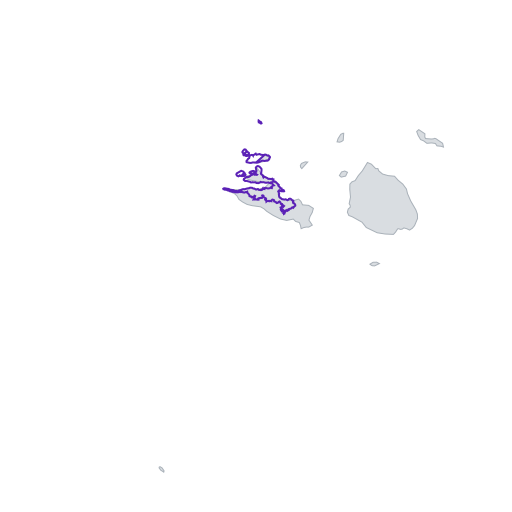 Cakaudrove, Northern, Fiji shown in context, rotated 228°
{"feature_id": "14151628B95966095088914", "entity_name": "Cakaudrove", "entity_type": "district", "adm_level": 2, "iso_a3": "FJI", "parent_name": "Fiji", "parent_adm1": "Northern", "projection": "robinson", "projection_center": [179.503, -16.697], "detail": "fine", "context": "in_parent", "style": "outline", "palette": "violet", "viewbox_px": 512, "rotation_deg": 228, "n_neighbors": 0, "source": "geoboundaries", "source_scale": "gbopen_adm2", "svg_char_len": 8292}
<svg xmlns="http://www.w3.org/2000/svg" viewBox="0 0 512 512"><g transform="rotate(228 256 256)"><path d="M229.2,355.9L229.2,358.8L230.9,360.0L232.5,360.2L236.5,365.6L242.8,370.3L246.6,373.9L246.9,376.9L245.7,380.1L247.3,385.9L248.1,391.9L250.9,401.4L247.0,403.2L240.8,403.4L239.4,405.1L237.3,404.2L232.2,404.9L227.3,408.0L222.6,412.3L217.2,412.3L211.2,413.2L205.1,412.6L200.9,410.3L193.4,407.8L183.4,405.7L179.2,404.0L175.8,401.2L172.5,394.2L172.0,390.8L172.5,387.5L175.4,386.3L177.9,384.7L178.2,382.5L179.3,381.0L180.7,380.4L181.4,379.4L180.4,375.8L180.1,372.6L185.9,366.7L192.2,361.6L203.4,357.0L210.2,357.4L220.7,353.8L224.0,352.1L227.4,353.2L229.2,355.9ZM325.3,278.7L316.9,287.3L313.8,291.7L311.3,296.5L304.1,301.8L301.0,308.8L301.2,315.9L308.4,308.5L316.5,302.4L318.9,301.2L321.5,301.2L321.3,303.3L320.1,305.4L319.2,310.7L321.3,315.7L315.3,315.2L309.4,315.6L302.4,318.4L295.5,319.6L292.9,319.7L290.4,318.7L288.8,317.3L287.5,314.0L286.2,313.5L280.7,313.6L272.5,320.1L269.8,325.7L266.6,325.9L262.9,324.8L258.4,329.0L253.0,330.5L250.7,326.9L249.2,322.5L247.2,319.3L241.3,318.5L242.2,314.5L243.8,312.8L245.2,310.5L246.1,307.8L248.9,309.5L251.9,310.6L255.1,308.6L258.5,308.4L261.9,302.6L267.2,298.9L274.5,296.0L282.0,293.9L285.8,293.5L289.5,292.3L296.0,286.8L300.3,283.9L305.0,282.2L309.4,281.2L313.6,282.1L316.9,281.7L325.4,277.7L325.3,278.7ZM241.0,458.7L241.0,461.5L233.8,463.3L231.4,461.0L229.8,460.6L225.6,464.6L224.3,466.3L223.9,467.5L222.8,468.2L214.9,470.1L211.5,468.2L213.8,466.9L216.7,464.2L219.6,464.6L222.5,462.2L225.4,458.4L229.5,457.6L232.4,456.2L237.2,457.2L241.0,458.7ZM325.4,329.7L321.2,332.1L319.6,329.8L321.5,324.1L325.4,318.3L325.3,323.0L325.4,329.7ZM289.0,402.8L288.5,403.3L283.6,398.2L283.8,396.2L284.6,394.3L286.6,392.6L288.3,395.5L289.7,400.4L289.0,402.8ZM259.8,378.8L257.0,380.0L255.4,376.1L257.6,372.1L260.0,371.8L261.2,375.8L259.8,378.8ZM293.0,355.6L291.2,357.3L290.3,348.5L292.2,348.6L293.6,349.5L294.4,351.7L293.0,355.6ZM170.7,341.5L167.8,342.6L169.3,337.5L171.0,335.9L172.0,335.5L173.7,335.2L173.0,338.8L170.7,341.5ZM163.6,43.7L161.4,44.4L157.8,43.9L157.1,42.8L158.2,42.6L160.5,41.9L163.4,42.2L163.9,42.9L163.6,43.7ZM325.4,302.6L324.7,302.6L324.5,301.4L325.4,299.3L325.4,302.6Z" fill="#d9dde1" stroke="#a8b0b8" stroke-width="1"/><path d="M271.8,320.6L272.5,320.7L273.6,320.1L274.5,320.2L275.5,319.9L276.0,319.5L276.4,318.6L276.1,318.0L276.4,316.7L278.3,316.0L278.8,315.0L280.9,313.3L282.4,313.1L283.1,312.8L284.4,312.8L286.2,314.0L286.7,314.9L289.0,315.7L288.7,316.3L289.3,316.8L289.3,317.2L288.8,317.2L288.8,317.5L288.6,317.7L287.6,317.8L287.2,318.1L285.3,320.1L285.3,320.3L286.4,320.6L287.7,320.0L288.0,319.5L289.2,320.2L290.0,319.6L290.9,319.8L293.3,319.6L293.6,320.5L298.2,320.2L298.7,319.9L299.0,319.1L300.0,318.8L300.4,319.2L300.6,319.7L301.3,320.3L301.9,319.7L302.6,319.8L302.9,318.9L304.3,317.7L305.1,316.7L306.4,316.5L309.5,315.2L309.4,314.1L310.4,314.4L310.7,314.9L311.1,315.0L313.4,314.6L314.1,314.9L314.2,315.4L316.2,317.7L317.2,318.4L320.0,318.4L321.6,317.6L322.0,316.6L321.9,315.1L321.1,314.5L319.1,313.5L319.0,313.1L318.4,312.6L318.6,311.8L318.4,311.4L317.7,311.0L316.4,310.9L315.7,311.2L315.7,310.9L317.0,310.0L317.1,309.5L318.2,309.4L319.5,305.7L319.3,305.2L319.6,303.5L320.2,302.6L321.0,302.1L321.4,298.8L321.1,298.6L321.1,298.1L320.7,297.8L319.0,298.1L318.2,299.2L314.9,301.3L314.3,301.3L313.4,302.2L313.3,302.7L312.5,303.3L311.1,305.0L310.0,305.1L308.5,306.6L307.9,308.2L308.0,309.0L306.9,309.6L305.8,311.0L304.3,311.9L303.2,313.1L302.3,314.5L301.7,314.6L300.5,315.4L300.8,315.8L300.7,316.5L300.1,317.2L300.1,316.8L299.7,316.4L296.6,316.5L296.9,316.0L297.1,314.1L296.6,313.6L295.9,313.5L295.8,313.2L297.1,312.6L297.1,311.7L298.1,310.1L300.0,308.8L300.2,307.8L300.8,307.7L300.8,307.2L300.3,306.9L301.0,306.3L301.1,305.4L301.5,305.7L301.3,304.8L301.3,304.3L301.8,304.1L301.9,303.5L303.5,302.2L304.4,302.3L304.8,301.8L305.3,300.5L307.4,299.8L307.9,299.1L309.2,298.8L310.4,297.7L310.9,296.9L311.0,296.1L312.2,294.4L313.4,291.9L314.1,291.4L314.5,290.8L315.1,289.4L314.8,289.1L316.0,287.5L316.1,285.8L317.0,285.4L318.3,283.9L318.4,283.4L319.0,283.6L319.9,283.4L323.2,280.7L324.0,280.7L325.4,279.5L325.4,278.0L324.8,278.6L323.9,278.7L323.5,279.4L321.5,280.0L321.5,280.4L321.1,280.8L319.4,281.4L318.2,282.7L317.4,283.1L317.1,283.7L316.8,283.6L316.4,284.1L316.4,284.6L315.6,284.9L314.9,286.0L314.9,286.5L314.3,286.9L314.3,287.3L313.8,288.4L313.3,288.0L312.9,288.6L312.4,288.6L311.7,289.4L311.1,289.5L310.6,290.4L310.5,291.0L310.2,291.4L309.8,291.5L309.6,292.5L308.6,291.9L306.4,292.0L306.0,291.8L305.6,291.8L304.8,291.2L304.1,291.6L303.8,292.1L303.2,292.0L303.0,292.3L302.5,292.2L302.4,292.8L302.1,293.1L301.9,293.0L301.7,293.7L301.6,294.4L301.8,295.2L301.1,295.5L300.7,294.7L300.8,293.9L300.4,293.9L300.1,294.3L300.3,293.7L299.6,293.7L299.5,292.8L299.8,292.7L299.9,292.3L299.7,292.0L299.5,292.4L299.1,292.6L299.1,292.9L298.9,292.9L297.7,294.1L297.9,294.1L297.7,294.3L297.0,294.7L297.1,295.2L296.5,295.5L297.2,296.0L297.0,296.4L297.1,296.8L296.8,297.3L296.4,297.3L296.1,298.5L295.6,298.7L295.2,299.2L295.4,299.4L295.5,300.1L295.9,300.9L296.8,301.1L296.6,301.6L295.8,301.9L294.9,301.3L293.9,301.2L292.4,301.9L292.1,301.8L292.0,301.3L291.5,301.6L291.3,301.4L291.5,300.8L291.8,300.9L291.7,300.5L289.9,300.5L289.5,300.2L289.5,300.6L288.8,301.9L287.9,302.4L288.0,302.8L286.4,304.1L287.0,304.6L287.0,305.9L285.8,306.7L285.2,306.7L284.7,306.1L284.3,306.0L282.8,306.9L282.2,306.7L281.5,306.8L281.1,307.4L280.9,308.1L281.1,308.8L280.8,308.9L280.7,310.0L279.4,310.0L278.2,309.3L277.4,310.0L276.9,309.5L276.6,309.5L276.4,310.0L275.4,309.8L274.9,310.2L274.4,310.3L274.3,309.2L274.6,309.2L274.8,308.9L275.2,309.4L275.6,308.2L275.5,307.6L275.0,307.1L274.8,307.5L274.5,307.2L274.8,306.9L274.6,306.9L274.8,306.7L274.3,305.7L273.7,305.4L272.8,306.2L272.8,305.9L272.5,305.8L272.6,305.2L271.9,305.1L271.7,306.2L271.4,306.2L271.4,306.7L271.0,307.0L270.5,306.8L270.5,307.3L270.4,307.4L270.2,306.7L270.8,306.4L270.7,306.0L270.1,306.2L269.8,305.2L269.3,305.6L268.6,305.0L268.5,305.5L269.4,305.9L269.4,306.3L269.5,306.6L269.4,306.7L269.8,307.0L269.3,307.4L269.4,308.4L269.7,308.7L268.9,309.3L269.1,309.5L268.7,309.6L268.9,310.3L268.4,310.4L268.3,310.7L268.5,310.9L268.3,311.1L268.9,311.7L268.6,312.5L267.9,313.4L267.9,315.5L266.9,315.8L267.0,316.6L267.3,317.1L267.1,317.5L267.1,318.9L267.6,319.3L268.3,319.6L270.2,319.5L270.3,319.1L270.6,319.1L271.6,319.7L271.8,320.6ZM333.9,320.6L334.4,319.8L334.5,319.0L335.1,318.6L335.1,318.3L334.7,317.6L333.9,317.2L333.3,316.4L333.5,314.9L333.1,313.9L333.1,312.8L332.8,312.3L332.0,311.8L329.1,313.9L328.2,315.1L327.9,315.9L326.9,317.1L326.1,317.8L325.9,318.2L325.4,318.5L325.4,330.5L326.1,329.0L328.4,327.1L329.3,327.0L330.7,324.6L330.8,324.2L331.4,324.1L332.3,324.3L332.4,324.0L332.3,323.0L332.8,321.3L332.6,321.0L333.2,321.1L333.9,320.6ZM325.4,318.5L324.6,319.2L324.2,320.2L323.8,320.6L322.8,324.3L322.3,324.9L320.7,326.1L320.1,327.4L319.7,327.6L319.6,328.0L319.3,328.1L319.0,328.7L319.0,330.4L319.5,331.0L319.9,332.3L320.4,332.7L322.4,332.6L322.9,331.8L324.8,331.1L325.4,330.5L325.4,318.5ZM330.3,297.0L329.8,296.0L328.6,295.6L327.0,296.2L326.8,297.8L326.2,297.7L325.4,298.7L325.4,302.1L325.6,301.9L325.7,302.9L327.1,303.1L329.2,302.0L330.3,297.0ZM339.8,317.2L338.8,315.3L338.3,315.1L337.8,315.8L337.1,315.5L336.3,316.2L336.4,316.7L337.1,317.1L336.5,318.0L336.4,318.9L337.3,319.7L339.7,319.3L339.8,317.2ZM342.1,319.5L343.0,318.7L342.9,316.9L342.4,315.4L341.6,315.2L340.8,315.4L340.1,316.0L339.9,317.3L340.1,318.6L340.5,319.4L342.1,319.5ZM322.4,307.0L322.1,306.8L321.3,307.0L321.1,307.7L319.5,308.2L319.3,309.4L318.2,310.4L318.1,310.9L319.1,311.5L320.7,311.2L321.3,310.6L322.0,309.3L322.4,308.1L322.4,307.0ZM325.4,298.7L324.7,299.0L324.4,299.6L324.6,299.8L324.2,300.3L323.9,300.2L323.3,300.8L323.2,302.2L323.4,302.6L324.7,302.7L325.4,302.1L325.4,298.7ZM325.4,278.0L325.4,279.5L327.3,278.1L327.8,277.4L328.0,275.9L327.5,276.6L327.3,277.1L326.2,277.4L325.4,278.0ZM352.8,349.2L353.2,348.6L353.1,348.1L352.9,347.9L351.4,348.1L350.9,348.7L350.9,348.9L352.0,349.3L352.8,349.2ZM339.7,315.5L340.1,314.7L339.7,314.3L339.0,314.4L339.0,315.2L339.4,315.5L339.7,315.5ZM354.9,348.6L354.5,348.1L354.0,347.8L354.0,348.3L354.5,348.7L354.9,348.6ZM288.2,317.6L287.8,317.5L288.0,317.5L288.2,317.6Z" fill="none" stroke="#5b21b6" stroke-width="2"/></g></svg>